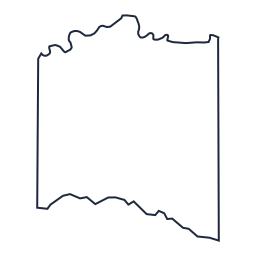 outline of Lamar, Texas, United States of America
{"feature_id": "52423323B29010460164460", "entity_name": "Lamar", "entity_type": "district", "adm_level": 2, "iso_a3": "USA", "parent_name": "United States of America", "parent_adm1": "Texas", "projection": "natural_earth1", "projection_center": [-95.621, 33.658], "detail": "fine", "context": "isolated", "style": "outline", "palette": "slate", "viewbox_px": 256, "rotation_deg": 0, "n_neighbors": 0, "source": "geoboundaries", "source_scale": "gbopen_adm2", "svg_char_len": 1364}
<svg xmlns="http://www.w3.org/2000/svg" viewBox="0 0 256 256"><path d="M69.0,40.4L69.3,41.2L70.4,42.4L71.7,47.1L71.4,48.1L70.2,49.7L68.4,50.6L65.6,52.2L65.2,52.2L64.2,51.7L60.3,47.1L59.7,46.6L56.1,45.2L54.6,45.1L49.5,46.3L49.2,47.0L49.2,47.5L49.5,49.4L49.9,50.4L50.1,52.0L50.0,52.7L49.5,53.6L48.8,54.3L47.0,55.4L45.8,55.8L44.0,55.6L43.1,55.2L41.9,54.2L41.3,53.5L38.2,58.7L37.2,207.7L47.4,208.8L50.5,204.6L62.9,195.8L70.0,194.1L80.1,198.4L86.8,197.1L95.3,204.1L108.2,197.5L115.5,197.4L124.4,199.9L128.4,204.6L133.7,201.4L146.6,214.1L155.2,215.1L158.8,210.9L164.2,213.2L167.2,219.0L172.2,218.6L183.0,227.8L188.7,228.8L197.5,236.5L209.5,237.7L218.8,240.6L218.1,39.5L218.4,37.4L213.1,35.2L210.5,35.0L210.1,35.2L210.0,38.8L208.6,42.0L204.2,42.5L196.7,42.3L185.9,43.1L172.8,42.1L167.6,40.6L167.3,40.2L168.2,36.0L167.7,35.1L167.0,34.8L165.4,35.0L162.5,37.8L158.1,39.6L154.7,39.7L153.4,39.0L153.3,38.1L153.4,35.0L152.1,33.4L150.4,33.0L148.8,33.7L147.1,35.3L144.5,37.0L142.3,37.6L140.5,37.4L139.5,36.4L138.2,34.1L138.2,31.7L139.1,28.9L139.2,26.2L138.5,23.5L136.6,18.4L135.8,17.1L135.3,16.6L134.5,16.3L127.1,15.4L122.5,15.5L121.2,18.3L110.2,26.7L106.8,27.0L102.7,25.7L100.8,26.1L99.3,27.0L97.0,30.5L94.4,33.4L90.4,35.4L85.8,35.7L84.9,35.4L80.0,31.9L77.0,31.0L73.8,31.1L70.8,32.4L70.1,33.2L68.9,36.1L68.7,39.8L69.0,40.4Z" fill="none" stroke="#1e293b" stroke-width="2"/></svg>